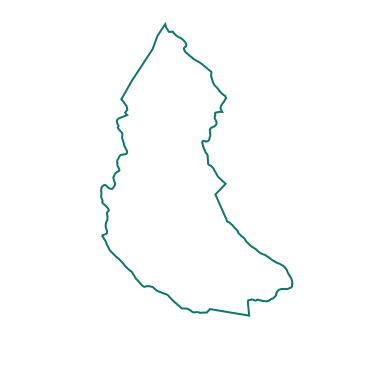 San Isidro, Heredia, Costa Rica, rotated 135°
{"feature_id": "36466004B23001731443143", "entity_name": "San Isidro", "entity_type": "district", "adm_level": 2, "iso_a3": "CRI", "parent_name": "Costa Rica", "parent_adm1": "Heredia", "projection": "equal_earth", "projection_center": [-84.042, 10.03], "detail": "fine", "context": "isolated", "style": "outline", "palette": "teal", "viewbox_px": 384, "rotation_deg": 135, "n_neighbors": 0, "source": "geoboundaries", "source_scale": "gbopen_adm2", "svg_char_len": 5965}
<svg xmlns="http://www.w3.org/2000/svg" viewBox="0 0 384 384"><g transform="rotate(135 192 192)"><path d="M239.0,64.2L230.0,75.0L228.7,75.6L227.2,74.8L227.0,74.5L225.5,73.5L224.7,72.1L224.6,71.4L224.0,70.4L223.0,69.8L222.2,69.8L221.7,69.6L221.3,68.6L220.7,67.8L220.6,67.5L219.8,66.5L219.8,66.1L218.9,64.8L218.7,64.6L216.9,62.3L215.4,61.3L214.9,61.1L214.6,60.7L214.0,60.7L213.6,60.5L211.9,60.5L209.9,59.4L206.0,59.4L204.8,60.1L204.6,60.2L204.1,60.5L204.0,60.8L203.4,60.9L203.1,61.3L201.9,61.3L201.4,61.4L199.7,61.4L197.2,60.1L196.0,58.8L194.8,57.8L194.7,57.5L194.2,57.1L193.5,56.2L192.3,55.5L189.3,54.4L188.5,54.4L188.1,54.7L187.8,54.7L186.6,55.9L186.4,55.9L186.0,56.4L185.7,56.4L185.4,57.0L185.1,57.1L184.1,58.3L183.8,59.2L183.4,59.6L182.8,61.2L182.7,61.9L182.4,62.5L182.4,62.9L182.1,63.4L182.1,64.1L181.9,65.1L181.9,65.4L181.6,65.8L181.2,67.4L180.0,70.2L180.0,70.9L179.8,71.5L179.6,74.4L179.9,76.2L180.5,77.7L180.7,79.1L181.3,80.4L181.7,80.9L181.8,81.6L182.1,82.1L182.1,82.5L182.8,84.5L182.8,85.2L183.1,85.8L183.4,87.2L183.7,89.6L183.7,90.3L184.2,92.4L184.7,95.2L185.1,96.4L185.6,97.3L186.7,99.9L187.2,102.4L187.2,103.8L187.3,104.0L187.3,107.0L187.8,108.3L187.8,109.1L188.3,110.6L188.3,111.3L188.5,111.5L188.6,112.6L188.6,118.9L188.3,120.3L188.1,120.8L188.0,121.5L187.9,121.7L187.9,124.0L188.0,124.6L188.1,125.7L188.2,126.0L188.2,130.1L188.1,130.5L187.8,130.9L187.8,131.3L187.3,132.0L187.2,132.6L187.2,136.7L186.9,139.2L187.1,144.0L187.7,145.4L187.9,145.6L187.9,146.7L186.2,150.0L186.2,150.5L177.2,173.7L162.4,174.0L162.7,179.6L162.7,184.6L162.5,185.7L161.1,190.3L161.0,191.2L160.5,192.7L160.3,192.9L160.1,194.0L160.1,196.9L160.4,198.0L160.7,198.6L160.8,199.3L160.8,200.2L160.4,200.9L160.0,201.2L159.0,202.4L158.7,202.6L158.4,203.1L157.6,203.9L157.5,204.2L156.0,205.7L155.7,206.2L155.5,206.3L155.5,206.5L155.2,206.7L154.6,208.1L154.5,210.2L154.2,211.0L153.4,212.4L153.1,213.9L152.4,215.2L152.4,215.4L150.5,218.5L150.1,219.4L149.9,219.4L149.2,220.3L148.6,220.4L147.6,220.0L147.0,219.2L146.6,217.8L145.1,216.8L142.8,216.8L140.4,218.4L139.6,218.7L138.6,219.4L137.3,221.3L135.1,223.7L133.8,223.7L133.4,223.9L132.7,223.8L132.2,223.4L130.9,223.1L129.6,222.5L127.3,222.5L126.1,223.0L125.7,223.7L125.5,223.9L124.6,225.5L123.9,227.7L123.6,228.4L122.5,229.3L122.3,229.3L121.9,229.6L121.5,229.6L120.9,230.4L119.9,231.4L119.0,231.4L118.1,230.6L115.8,229.3L114.0,227.2L112.8,230.8L112.4,231.3L112.1,231.4L111.7,231.8L109.9,232.5L107.5,233.1L106.4,233.1L105.7,233.3L105.0,233.3L104.7,233.6L103.1,234.0L101.4,234.2L101.1,234.9L101.0,235.8L100.6,236.6L100.7,237.3L101.0,237.9L101.2,239.7L101.2,243.7L101.1,244.6L100.8,245.7L100.6,248.2L100.6,251.7L100.5,252.0L100.4,252.1L100.1,253.4L99.5,254.9L98.4,257.0L98.2,257.5L97.8,257.9L97.2,259.2L96.9,259.7L96.9,259.9L96.1,261.0L94.2,262.3L93.4,263.4L94.7,277.0L96.9,285.1L96.9,287.7L97.3,289.8L97.3,290.6L97.4,291.1L97.4,293.4L97.6,293.7L97.6,295.9L97.4,296.2L97.4,296.6L97.3,296.8L97.3,297.2L97.1,297.3L97.1,297.7L96.3,299.3L95.8,299.5L94.1,299.5L93.9,299.3L93.0,299.3L92.3,299.7L91.5,301.0L90.8,302.6L90.7,307.0L91.0,308.0L91.0,308.4L91.4,309.7L91.7,310.1L91.8,311.2L92.0,311.4L92.5,313.3L92.5,317.4L92.5,317.7L92.2,318.4L92.2,318.7L92.4,319.2L93.9,320.3L94.2,320.7L94.5,320.7L94.8,321.2L95.0,321.7L95.0,322.4L94.3,324.8L94.0,326.5L93.2,328.3L93.0,328.5L92.8,328.5L92.2,329.6L106.1,326.8L118.8,320.9L155.7,313.2L176.5,307.5L176.5,304.8L176.9,302.9L177.1,301.5L177.3,300.7L177.4,299.6L177.7,298.7L178.9,297.0L179.3,296.1L180.0,295.9L183.0,295.5L183.4,294.1L183.5,292.2L192.0,295.9L194.1,295.8L195.0,295.4L195.3,294.9L196.6,292.9L197.0,290.8L197.2,290.6L198.7,290.3L198.8,290.2L199.2,289.4L199.3,289.0L199.6,285.8L199.6,284.2L199.9,282.5L203.3,279.6L204.2,277.7L205.9,274.5L206.7,273.4L207.3,272.3L207.4,271.6L208.6,268.4L208.9,267.1L209.2,266.6L210.0,265.7L211.0,265.4L211.7,265.4L211.8,265.6L213.0,266.1L213.7,266.8L215.5,268.1L217.0,268.6L217.7,268.6L218.6,268.3L219.0,268.3L220.1,267.7L222.2,267.3L223.9,266.1L224.1,265.6L224.1,265.2L224.8,264.8L225.0,264.5L225.7,263.9L226.3,262.9L226.4,262.2L226.8,260.9L227.5,259.6L227.6,259.1L228.1,258.6L229.2,258.6L231.0,259.1L232.9,259.3L234.3,259.1L235.1,258.6L237.1,258.1L239.1,255.3L239.9,253.1L240.6,252.0L242.0,251.3L242.7,251.2L244.4,250.7L246.4,250.7L246.9,251.2L247.5,252.3L248.0,253.8L248.2,254.9L248.2,257.3L248.4,258.1L248.7,258.5L249.2,259.0L250.7,259.4L252.1,259.4L253.8,258.5L255.0,257.5L255.4,256.8L255.5,256.8L255.9,256.5L256.6,255.5L258.3,254.0L259.1,253.4L260.3,251.7L261.1,249.5L261.8,248.7L262.6,248.5L262.8,248.2L263.0,247.7L263.0,245.5L262.9,245.4L262.8,243.6L262.8,241.7L263.1,239.2L263.6,238.1L264.4,237.6L266.0,237.7L266.5,237.5L267.1,237.2L267.6,236.5L269.3,234.2L270.9,232.7L271.8,232.0L274.4,231.2L274.5,231.0L275.3,230.5L276.8,229.3L277.5,228.6L278.1,227.7L279.1,225.7L280.1,224.0L280.4,223.6L280.7,223.4L281.1,223.1L282.5,223.1L285.9,224.7L286.7,224.1L286.7,223.3L287.2,221.2L287.5,220.5L287.7,218.7L288.3,217.2L288.8,216.2L289.2,215.5L289.2,215.2L289.5,214.8L289.6,214.3L289.7,214.1L289.7,213.7L290.1,212.9L290.8,210.3L291.3,208.9L291.4,208.2L291.4,199.2L291.1,197.7L291.0,195.6L291.1,195.1L291.1,190.6L291.4,188.2L291.6,187.8L291.6,182.1L291.4,180.0L291.1,178.9L291.1,177.8L291.2,177.1L291.3,177.0L291.8,175.2L291.8,174.7L292.7,171.4L292.9,171.0L293.0,170.1L292.9,167.3L293.1,164.9L293.3,164.3L293.3,161.4L293.1,159.6L292.8,158.7L292.2,158.2L290.7,157.5L290.3,157.0L289.6,156.5L288.8,155.6L287.5,153.4L287.1,152.9L286.9,152.4L286.9,150.3L286.5,146.7L285.5,144.1L285.1,143.6L284.6,142.2L283.4,139.7L283.2,139.1L282.7,138.2L282.0,136.7L282.0,134.9L282.2,134.6L282.2,125.6L282.0,125.3L282.0,123.9L281.9,123.6L281.9,121.7L281.7,121.4L281.7,120.7L281.6,120.3L281.6,117.4L281.5,116.8L278.5,113.7L277.8,112.6L277.0,110.3L276.7,108.6L276.7,107.8L276.3,106.5L276.3,106.2L275.9,105.8L275.7,105.3L275.0,104.9L273.2,103.4L272.0,101.6L272.0,101.2L271.4,100.5L270.2,99.6L267.7,97.2L266.8,96.3L262.1,96.5L239.0,64.2Z" fill="none" stroke="#0f766e" stroke-width="2"/></g></svg>